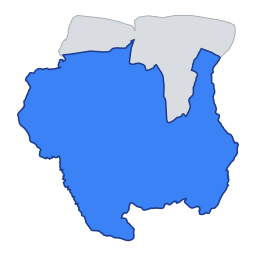 Suriname, with Sipaliwini highlighted
{"feature_id": "SUR-69", "entity_name": "Sipaliwini", "entity_type": "District", "adm_level": 1, "iso_a3": "SUR", "parent_name": "Suriname", "parent_adm1": "", "projection": "albers", "projection_center": [-55.917, 3.687], "detail": "fine", "context": "in_parent", "style": "filled", "palette": "blue", "viewbox_px": 256, "rotation_deg": 0, "n_neighbors": 0, "source": "natural_earth", "source_scale": "10m", "svg_char_len": 7915}
<svg xmlns="http://www.w3.org/2000/svg" viewBox="0 0 256 256"><path d="M228.9,49.6L224.4,53.5L219.5,58.9L213.0,68.4L213.3,71.3L211.9,73.7L211.5,77.9L212.0,82.7L213.7,85.8L214.4,91.7L213.2,97.0L213.7,100.1L215.0,105.0L216.1,110.2L216.0,112.3L217.6,114.0L219.0,115.7L218.6,120.3L223.7,128.6L226.9,132.2L231.4,135.7L233.1,139.1L235.7,143.3L237.2,143.8L238.1,145.4L237.2,148.6L237.1,153.1L234.2,158.2L227.4,167.7L226.6,169.9L228.4,177.7L227.5,184.2L227.1,187.3L223.8,192.9L215.9,206.6L211.4,209.0L208.7,213.0L206.9,213.0L205.0,213.4L204.4,213.9L201.9,213.8L200.0,212.1L199.7,210.0L198.6,207.7L196.2,207.0L191.6,207.8L190.3,207.2L187.6,204.7L185.3,201.9L184.7,199.2L183.3,199.5L179.8,201.9L177.4,202.4L175.5,201.8L173.4,202.0L168.1,204.6L165.0,205.2L162.7,207.8L147.9,209.0L144.1,209.6L135.2,205.1L133.0,203.7L131.8,203.4L130.8,203.7L129.8,204.7L128.4,210.4L127.0,211.9L124.7,213.1L122.5,215.4L122.0,217.6L125.5,218.8L128.4,223.1L131.5,226.5L134.1,229.5L133.7,232.9L133.3,237.7L131.5,239.4L128.4,240.2L117.2,237.8L108.6,235.7L105.0,235.3L103.3,234.7L101.2,233.0L99.0,231.3L95.5,230.7L91.4,229.6L88.3,225.4L85.1,219.3L84.0,216.6L81.5,213.9L79.1,210.2L78.3,206.9L76.5,203.8L75.5,202.8L74.1,198.6L73.8,197.1L73.1,196.9L72.1,195.5L70.2,191.1L69.7,190.0L68.9,189.6L66.6,186.5L64.7,185.4L64.1,183.8L64.2,179.4L63.3,177.3L63.0,173.2L62.9,171.5L62.0,169.7L60.4,168.5L60.1,165.6L59.8,158.3L59.0,157.0L52.4,157.1L51.8,157.8L48.9,158.2L45.7,158.3L42.9,157.3L40.5,156.0L40.0,154.4L40.4,149.4L36.5,145.5L30.5,140.8L28.7,134.7L26.4,131.0L19.7,123.1L18.6,117.7L18.6,113.9L20.9,110.4L24.2,104.2L25.6,98.7L26.6,95.7L28.3,91.9L29.9,87.0L28.7,84.0L26.7,81.0L26.1,78.8L28.0,75.5L30.0,73.2L32.2,72.9L35.0,71.5L37.2,69.5L40.6,69.0L44.8,68.8L53.3,68.8L57.7,68.0L59.1,66.4L58.9,63.4L61.0,60.6L63.3,59.4L64.2,58.5L64.4,57.5L63.8,56.6L62.9,56.0L60.5,55.7L58.4,50.9L59.8,48.9L61.7,45.0L62.2,42.8L65.1,39.4L65.8,40.5L68.0,34.3L68.3,29.2L70.0,24.2L72.6,18.3L77.2,15.4L104.4,18.4L116.8,21.2L132.8,26.1L135.0,31.3L135.1,26.1L134.4,20.8L138.8,17.1L148.5,15.8L163.0,17.6L175.4,15.4L192.4,15.6L218.1,19.8L229.6,22.7L234.4,25.3L235.3,30.0L234.8,36.1L233.0,41.9L228.9,49.6Z" fill="#d9dde1" stroke="#a8b0b8" stroke-width="1"/><path d="M233.2,160.6L231.4,161.9L230.0,164.1L228.1,166.5L227.3,167.7L226.2,170.5L227.4,170.3L228.0,171.1L228.2,172.3L228.0,173.4L227.4,173.9L227.3,174.2L228.0,174.7L228.5,176.8L228.2,177.1L227.6,177.5L227.9,178.3L228.5,178.9L228.8,179.0L228.8,179.8L228.4,181.4L227.5,182.8L227.3,184.0L227.4,184.4L228.4,185.3L227.8,185.7L227.4,186.1L226.2,189.5L222.2,194.8L220.3,198.7L218.2,204.0L217.4,205.4L214.8,208.0L214.1,208.2L212.1,208.4L211.0,209.0L209.5,212.7L208.9,213.2L207.9,213.3L206.1,212.7L205.3,212.9L204.4,213.9L203.4,214.2L201.3,214.5L200.2,214.3L199.6,214.0L199.5,212.5L199.0,211.2L199.3,210.2L200.0,210.1L200.1,209.7L199.7,208.5L199.6,207.4L198.7,206.8L197.5,206.3L196.6,206.4L194.8,207.3L192.1,208.1L190.1,207.4L184.7,202.2L184.5,201.7L184.7,200.9L185.7,199.9L186.1,199.2L185.8,198.6L184.8,198.7L182.6,199.6L181.5,200.3L179.5,202.1L177.0,203.2L176.6,203.1L176.2,202.7L176.4,201.7L176.1,201.2L174.3,201.3L170.0,204.7L168.7,204.6L168.1,203.8L167.2,203.5L166.2,203.6L165.3,203.9L164.4,204.8L164.0,206.8L163.5,207.7L162.0,208.3L160.0,208.3L157.9,208.0L155.9,208.0L152.8,208.3L150.7,208.1L148.7,209.1L144.4,210.1L143.3,209.9L142.8,209.5L141.7,207.8L141.2,207.5L137.4,206.6L136.5,206.1L133.5,203.7L132.3,203.0L131.1,202.9L130.4,203.1L130.1,203.4L129.7,204.4L129.1,206.7L129.0,209.1L128.8,210.0L126.8,212.8L126.1,213.1L125.5,213.1L124.5,212.6L123.9,212.7L123.2,213.6L122.3,215.1L121.7,216.7L121.5,217.8L122.2,218.2L124.5,218.3L125.5,218.5L126.6,219.5L127.1,221.6L127.8,222.8L129.7,224.2L131.7,226.7L133.5,228.3L133.9,228.9L134.1,229.6L133.6,231.3L133.7,233.7L134.0,235.8L133.7,237.8L132.0,239.6L128.4,240.6L125.0,239.9L121.6,238.6L118.1,237.7L115.5,237.8L114.7,237.7L110.6,235.6L109.6,235.5L107.0,236.0L106.2,235.8L103.4,234.8L102.9,233.6L102.4,233.2L101.3,232.9L100.4,232.2L100.1,231.8L98.1,230.7L92.8,230.6L91.3,230.0L86.1,222.6L84.8,217.4L84.1,216.4L81.9,215.6L81.6,215.2L81.7,213.2L81.1,212.0L79.1,210.3L78.7,209.3L79.2,208.0L78.9,207.5L78.0,206.6L77.6,205.4L78.0,203.7L77.6,203.2L76.5,204.0L75.7,204.3L75.4,203.8L75.6,201.9L75.5,201.5L73.9,199.4L73.9,198.5L74.3,197.2L73.9,196.5L72.8,197.1L72.4,196.8L72.0,194.7L71.5,193.7L70.1,192.2L69.8,191.5L70.4,190.3L70.5,189.7L70.0,189.4L68.0,189.8L67.6,188.8L68.6,186.9L68.2,186.5L66.0,187.2L65.3,187.0L64.9,186.0L64.5,185.8L63.5,182.4L64.9,181.2L65.5,180.4L65.2,179.6L63.4,179.4L62.7,179.0L63.5,177.8L63.2,176.3L63.4,176.1L64.1,176.1L64.3,175.9L63.9,174.4L63.4,173.2L62.5,172.3L62.0,171.3L62.8,169.8L62.5,169.4L61.6,170.1L61.1,170.2L60.6,170.1L60.0,169.7L60.4,168.9L60.6,168.3L59.9,166.4L60.3,164.0L59.6,162.5L60.2,161.4L60.3,159.6L60.1,158.8L58.8,156.0L57.1,157.4L55.6,157.6L52.5,156.4L52.5,157.4L52.2,157.9L50.6,158.3L49.7,159.0L49.4,158.5L48.2,158.3L47.2,157.6L46.5,157.5L46.0,158.5L45.5,158.6L44.9,158.4L42.3,157.0L40.3,156.5L39.9,156.0L39.5,154.8L39.9,153.0L39.7,152.0L40.6,150.4L40.7,149.4L39.8,148.4L38.3,147.5L37.5,147.3L36.7,145.8L36.2,144.5L34.2,143.2L31.5,142.1L30.6,141.5L30.0,140.5L29.7,139.3L29.6,136.9L29.3,135.8L28.2,133.4L25.5,129.3L24.6,128.3L21.0,125.5L19.7,123.8L19.2,121.9L18.5,117.3L17.8,115.0L17.9,113.9L18.7,112.7L23.4,107.9L24.0,107.0L24.4,105.9L24.5,104.6L23.9,102.0L24.1,101.0L25.8,98.8L26.2,97.0L27.2,94.6L28.1,93.0L28.9,90.3L29.9,88.9L30.3,88.0L30.4,86.9L30.0,86.0L28.5,84.1L27.8,81.9L26.0,80.8L25.6,80.1L26.0,78.3L26.9,77.0L28.6,75.1L29.7,73.2L30.1,72.8L30.8,72.7L32.5,73.2L33.8,73.0L34.4,72.5L35.2,71.0L36.7,69.6L38.5,68.7L40.5,68.6L42.6,69.5L45.0,68.7L47.6,68.4L49.1,69.6L50.7,69.2L55.0,68.8L56.3,68.4L57.8,67.8L58.5,67.7L59.9,68.0L60.4,67.7L58.5,65.9L58.2,65.3L58.5,64.0L59.3,62.1L59.6,60.6L60.0,59.8L60.6,59.5L61.5,59.6L62.2,59.8L62.7,60.3L63.0,61.4L64.7,60.6L65.3,59.9L65.6,59.2L65.2,58.1L63.4,55.9L63.0,55.0L65.7,54.6L68.8,54.4L90.5,51.1L103.4,52.0L108.5,51.8L110.1,50.9L112.1,49.0L112.9,48.5L114.0,48.2L117.2,47.9L122.5,48.2L125.8,48.0L126.3,47.8L127.2,45.9L128.2,45.6L129.2,44.3L131.4,43.1L131.5,42.5L131.0,41.6L131.1,41.1L131.8,40.6L134.0,39.9L131.1,48.5L129.5,60.8L129.6,63.6L132.7,64.3L133.3,64.3L135.9,63.5L138.3,63.2L139.4,63.3L142.8,64.4L144.0,65.2L144.7,65.8L145.0,66.4L145.4,68.5L145.8,69.7L146.3,70.1L146.9,70.3L149.3,69.8L153.3,68.0L153.8,67.5L154.1,66.5L155.0,65.4L156.3,64.8L161.8,73.4L162.5,75.0L163.1,77.1L164.0,85.9L163.7,96.7L164.4,97.6L165.1,98.8L165.6,100.4L166.7,119.5L167.1,121.3L167.4,121.9L168.3,122.5L169.5,122.6L170.0,122.5L173.5,120.6L176.4,118.0L177.0,117.6L178.2,117.2L180.5,116.8L181.0,116.5L182.5,114.3L182.9,114.0L183.4,113.9L183.7,114.0L184.4,114.6L185.3,116.0L185.8,116.3L186.3,116.1L186.7,115.6L187.6,113.3L189.0,110.9L190.3,107.1L190.2,105.4L189.0,101.4L189.0,99.4L189.7,98.2L191.5,96.5L192.5,95.3L193.1,94.2L193.4,92.9L193.3,87.5L194.3,85.3L194.8,82.9L195.9,80.5L196.2,77.9L197.4,75.6L197.4,74.5L196.6,72.9L195.1,71.6L191.5,70.2L192.4,67.6L192.9,64.5L194.1,60.3L194.3,59.9L194.7,59.4L196.6,57.7L196.9,57.2L197.6,55.5L201.3,48.6L211.8,52.5L215.6,54.9L217.5,55.6L218.8,56.2L220.1,57.6L219.5,58.5L218.8,60.6L217.7,61.6L217.1,62.9L214.2,66.2L213.2,67.8L212.7,69.6L213.2,71.7L213.1,72.5L211.4,73.8L211.1,74.4L211.6,75.7L211.6,82.4L211.8,83.1L213.3,83.8L213.9,84.8L213.8,88.1L214.5,89.9L214.6,90.5L214.6,92.7L214.3,93.7L213.3,95.7L213.1,97.0L214.1,102.9L215.7,106.3L216.2,108.6L216.2,110.0L215.3,111.9L215.5,112.9L216.2,113.6L216.8,114.1L218.6,114.5L219.2,115.0L219.4,116.1L218.3,119.6L218.4,121.0L218.9,121.9L220.8,123.6L221.1,124.1L221.7,126.0L223.2,127.4L224.5,129.9L225.5,130.5L225.7,130.9L225.9,130.9L226.9,132.6L227.4,133.3L228.3,133.7L230.2,134.3L230.8,134.7L232.4,136.9L233.5,140.8L234.8,142.7L234.8,143.0L236.6,142.6L237.1,142.8L237.8,143.6L238.2,144.3L238.1,145.1L237.6,146.3L237.2,148.6L237.4,152.7L236.5,154.9L234.6,156.9L233.8,159.7L233.2,160.6Z" fill="#3b82f6" stroke="#1e3a8a" stroke-width="1.5"/></svg>